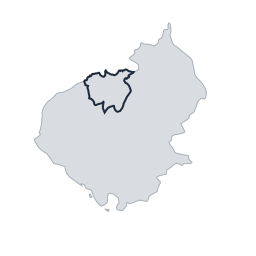 Preah Vihéar on a map of Cambodia (Mercator projection), rotated 332°
{"feature_id": "KHM-1791", "entity_name": "Preah Vihéar", "entity_type": "Province", "adm_level": 1, "iso_a3": "KHM", "parent_name": "Cambodia", "parent_adm1": "", "projection": "mercator", "projection_center": [105.055, 13.778], "detail": "fine", "context": "in_parent", "style": "outline", "palette": "slate", "viewbox_px": 256, "rotation_deg": 332, "n_neighbors": 0, "source": "natural_earth", "source_scale": "10m", "svg_char_len": 5258}
<svg xmlns="http://www.w3.org/2000/svg" viewBox="0 0 256 256"><g transform="rotate(332 128 128)"><path d="M213.6,54.4L214.1,56.3L212.7,59.9L211.2,63.2L208.4,66.0L208.2,68.1L207.3,74.4L207.6,76.4L208.3,78.1L209.2,79.0L211.6,85.1L213.9,90.7L216.0,95.2L216.4,98.1L214.4,105.4L212.1,112.1L212.3,115.4L213.3,118.8L214.4,123.2L214.8,128.9L214.2,132.6L213.1,134.9L211.1,137.3L209.3,138.5L207.2,136.5L205.5,136.4L203.3,137.0L201.5,137.9L197.9,141.4L193.9,144.8L188.3,145.6L186.1,148.1L183.8,148.5L179.4,148.6L176.6,149.2L176.7,150.4L176.5,156.4L176.5,157.8L176.1,158.1L174.1,158.3L170.7,157.4L166.2,155.9L162.9,155.7L161.2,158.3L160.3,159.3L159.0,159.4L157.7,159.9L157.3,161.0L157.2,162.5L157.8,165.0L158.1,168.9L157.9,171.5L159.1,173.2L166.0,178.9L168.1,180.3L168.3,181.1L167.1,184.2L168.2,188.6L166.0,188.5L162.4,186.6L160.6,185.5L158.5,186.4L157.8,186.2L156.4,184.1L154.5,181.9L152.6,181.8L148.5,182.6L144.4,183.2L142.8,183.2L142.2,183.6L139.8,186.8L138.8,186.3L134.6,185.1L130.8,184.6L130.0,185.4L130.5,188.1L131.3,190.6L130.8,191.7L128.7,193.1L125.9,195.5L124.3,197.4L123.1,197.9L118.9,197.8L114.7,198.1L113.0,199.8L111.4,201.2L110.1,201.6L104.6,197.2L93.7,195.6L92.5,193.7L91.5,193.3L90.5,195.9L84.5,198.3L82.0,196.8L80.1,195.0L80.4,192.9L82.1,191.1L85.1,189.8L86.5,185.3L84.2,179.6L82.2,177.9L80.1,176.6L77.9,178.7L76.1,182.4L74.2,184.2L71.4,184.7L67.4,184.5L65.9,179.1L65.4,174.4L65.9,169.0L66.5,165.9L62.7,161.5L62.5,157.3L60.6,155.2L60.1,156.3L60.1,157.4L59.6,156.6L53.5,144.3L52.5,138.7L53.5,134.3L54.2,132.8L52.4,130.5L49.9,127.9L45.6,124.5L45.3,119.0L44.3,112.6L43.0,110.5L41.0,106.5L39.9,103.2L39.6,94.6L40.1,93.9L43.2,93.6L47.2,93.0L47.8,91.6L47.1,90.5L49.6,88.5L53.3,84.2L56.1,79.7L58.1,76.8L59.3,74.0L63.4,70.0L69.0,67.3L72.8,66.6L76.8,65.7L80.6,64.3L82.4,64.2L87.2,65.8L89.7,66.2L92.4,66.2L95.2,66.4L97.6,66.2L103.4,65.1L109.6,66.0L115.1,65.3L121.9,64.0L125.2,64.8L128.2,66.1L128.7,68.7L129.4,70.0L130.4,70.9L131.7,70.9L133.5,69.0L134.9,67.1L135.4,66.8L135.5,67.7L136.2,69.8L137.5,71.8L138.8,73.2L141.0,75.0L142.4,75.0L147.0,73.3L154.0,75.8L154.8,77.0L157.1,79.5L159.5,81.3L164.9,81.5L166.9,77.0L165.9,74.4L162.8,69.7L162.0,66.9L163.0,66.4L168.2,65.9L169.1,65.3L170.3,62.3L171.7,62.6L174.6,63.0L177.7,61.0L179.5,58.8L180.5,59.8L181.6,61.3L182.8,62.2L185.0,63.5L187.4,65.4L188.9,67.2L190.1,67.9L193.3,67.4L194.1,67.4L195.9,65.2L197.2,64.0L198.3,64.4L199.8,64.4L203.1,61.5L204.9,59.0L206.0,58.3L208.9,59.6L210.0,59.3L211.7,55.8L213.6,54.4ZM63.8,171.8L63.2,172.2L62.7,172.2L62.1,171.7L62.2,169.7L62.6,168.5L63.6,168.3L63.8,171.8ZM73.0,191.2L71.7,192.5L69.8,189.8L69.8,189.0L73.0,191.2Z" fill="#d9dde1" stroke="#a8b0b8" stroke-width="1"/><path d="M121.6,63.6L122.2,63.6L122.6,63.9L123.1,64.2L123.6,64.5L123.8,64.5L124.5,64.4L124.8,64.5L125.0,64.6L125.6,64.9L125.8,65.1L126.4,65.2L127.7,65.4L128.4,65.6L128.5,66.0L128.5,66.5L128.4,68.1L128.4,68.3L129.5,70.3L130.1,71.0L130.8,71.4L132.6,70.8L133.7,69.1L134.4,67.3L135.4,66.8L135.4,67.9L135.5,68.7L135.9,69.4L137.8,72.4L138.5,73.1L139.2,73.3L139.4,73.5L140.3,74.7L140.6,74.9L140.9,75.1L141.4,75.1L142.4,75.2L143.4,75.0L144.3,74.7L145.1,74.2L145.7,74.0L146.2,73.7L147.1,73.1L147.4,73.2L147.6,73.5L147.8,73.7L148.0,74.0L148.5,73.8L149.1,74.0L149.7,74.6L149.9,75.2L150.4,74.8L150.8,74.8L151.1,75.0L151.6,75.3L152.1,75.3L152.8,75.2L153.2,75.2L154.1,75.7L154.6,76.6L155.0,77.5L155.6,78.4L158.5,80.9L159.2,81.3L158.7,81.6L158.0,81.7L154.1,81.7L153.5,81.8L153.3,81.8L153.2,81.9L153.1,82.0L152.9,82.5L153.0,82.8L153.1,83.1L153.1,83.3L152.8,83.6L152.5,83.7L152.3,83.7L152.2,83.7L151.9,83.4L151.7,83.3L151.3,83.4L150.9,83.4L150.7,83.5L150.4,83.8L150.2,83.9L149.9,83.9L149.8,83.7L149.5,83.2L149.4,83.2L149.2,83.0L149.0,82.9L148.8,82.9L148.6,83.0L148.4,83.0L148.2,83.1L147.6,83.7L147.5,83.8L147.3,83.9L147.1,84.1L147.0,84.3L146.9,84.4L146.8,84.5L147.0,86.2L146.9,86.6L146.9,86.8L147.0,87.1L147.3,87.5L147.6,87.8L147.8,87.9L147.9,88.1L148.0,88.3L148.4,89.4L148.7,91.3L148.2,96.1L147.5,97.0L143.0,99.4L142.2,99.7L135.6,104.4L135.5,104.5L135.0,105.2L134.8,105.5L132.4,107.6L129.2,109.2L127.2,109.0L126.4,108.7L126.0,108.4L125.9,108.2L125.7,108.0L125.4,107.3L125.3,106.6L125.2,105.2L125.4,103.7L125.5,103.0L125.9,102.3L126.0,102.1L125.9,101.8L125.7,101.6L125.4,101.5L122.2,100.9L120.1,100.8L119.0,101.2L117.9,101.6L114.6,103.4L115.1,98.9L115.3,98.2L115.7,97.5L118.6,93.7L118.6,93.3L118.3,93.3L118.0,93.6L117.8,93.6L117.0,93.9L116.6,93.9L113.7,93.1L110.8,92.7L110.2,92.6L109.9,92.4L109.8,92.2L109.7,92.0L109.6,91.7L109.5,91.2L109.5,90.9L109.7,90.4L110.0,89.7L110.1,89.3L110.2,88.9L109.9,87.2L109.9,86.9L109.7,86.6L109.5,86.2L109.4,85.9L109.3,85.2L109.1,85.1L108.9,84.9L108.6,84.2L108.3,83.9L108.1,83.8L107.7,83.8L107.6,83.6L108.9,81.7L109.0,81.4L109.1,81.2L109.1,80.7L109.2,80.1L110.7,75.8L110.9,74.1L111.1,73.5L111.5,73.0L111.7,72.8L112.3,72.4L112.4,72.2L112.5,72.1L112.4,72.0L112.3,71.8L111.6,71.3L110.6,70.1L110.5,69.9L110.5,69.7L110.7,69.4L110.9,69.3L111.0,69.1L111.0,68.9L111.0,67.7L111.1,67.0L111.1,66.4L111.4,66.3L111.6,66.1L111.9,65.9L112.3,65.8L112.9,65.9L113.4,66.2L114.0,66.3L114.6,66.0L115.0,65.6L115.3,65.1L115.7,64.6L116.2,64.3L116.8,64.3L117.6,64.6L118.2,64.6L118.4,64.4L118.7,63.9L119.0,63.8L119.4,64.5L119.6,64.7L120.1,64.6L121.2,63.8L121.6,63.6Z" fill="none" stroke="#1e293b" stroke-width="2"/></g></svg>